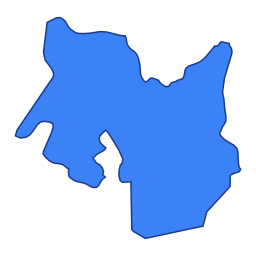 the Province of Cotabato
{"feature_id": "PHL-2579", "entity_name": "Cotabato", "entity_type": "Province", "adm_level": 1, "iso_a3": "PHL", "parent_name": "Philippines", "parent_adm1": "", "projection": "albers", "projection_center": [124.847, 7.21], "detail": "fine", "context": "isolated", "style": "filled", "palette": "blue", "viewbox_px": 256, "rotation_deg": 0, "n_neighbors": 0, "source": "natural_earth", "source_scale": "10m", "svg_char_len": 2125}
<svg xmlns="http://www.w3.org/2000/svg" viewBox="0 0 256 256"><path d="M60.4,17.6L64.6,20.5L65.9,22.3L68.4,26.8L70.6,29.2L73.7,31.5L76.0,32.8L78.6,33.4L82.5,33.6L88.9,33.3L100.3,31.6L106.7,32.0L120.8,35.5L125.3,35.9L126.2,38.3L126.8,42.8L127.5,44.9L129.6,47.9L131.6,49.6L133.8,51.1L136.1,53.5L137.5,56.0L138.5,58.9L139.9,64.7L140.5,73.3L141.0,75.8L142.0,78.0L143.8,80.8L145.9,82.2L148.3,80.4L150.0,78.5L150.0,78.4L151.8,78.0L153.5,78.4L158.1,80.0L161.1,83.8L164.9,86.3L167.4,86.7L169.1,85.8L170.2,84.2L171.6,82.7L176.5,81.3L177.1,80.5L179.9,79.6L182.5,78.7L184.0,76.1L185.1,70.2L186.1,68.0L188.8,66.0L196.4,63.4L200.4,61.5L204.8,58.0L214.7,46.1L214.9,46.6L216.9,45.9L218.7,45.0L218.8,45.0L219.3,44.3L219.6,43.4L220.2,42.5L221.2,41.8L222.6,42.0L227.5,43.1L229.4,43.4L229.3,45.3L231.2,48.1L231.9,50.4L231.8,53.6L224.6,77.5L222.8,89.7L222.6,93.1L223.9,99.0L224.5,106.9L226.0,116.9L225.8,121.4L225.0,122.9L222.5,126.9L220.0,132.7L219.5,134.1L222.3,137.5L225.3,140.2L233.6,145.1L236.7,148.1L237.9,151.8L238.6,165.1L239.5,167.9L240.5,168.9L240.6,169.6L239.3,171.5L239.2,171.5L237.9,172.1L232.4,174.0L231.0,174.9L230.2,175.5L230.1,186.5L206.8,211.8L203.0,226.1L145.3,238.4L133.6,231.6L131.8,229.5L130.9,181.8L122.1,182.2L120.2,180.6L119.0,176.1L118.9,172.9L119.4,168.8L120.4,165.1L122.0,163.4L122.9,159.1L118.8,150.0L110.2,135.7L109.8,135.3L109.1,134.0L105.7,130.0L100.1,135.6L99.0,138.5L100.3,142.5L102.8,145.3L105.6,147.6L105.7,148.8L103.4,150.7L97.0,154.2L93.0,158.1L96.5,163.1L99.8,164.8L102.3,167.9L103.5,171.6L102.8,175.1L104.1,176.0L105.3,177.1L102.4,179.3L98.6,185.5L96.4,187.4L93.1,187.5L90.0,186.2L87.0,184.4L84.0,183.1L76.7,181.5L73.8,180.2L70.1,177.7L69.0,176.4L68.7,174.8L68.5,173.2L68.6,168.4L67.5,168.3L62.8,164.6L59.0,163.6L54.9,163.3L51.6,162.2L48.8,160.3L45.7,157.3L43.0,153.6L43.3,151.8L51.4,132.8L53.2,127.1L52.8,123.8L49.9,122.2L44.3,121.3L40.3,122.1L37.3,124.9L32.6,131.6L29.7,134.9L27.8,136.2L27.2,136.7L24.3,137.5L20.5,138.0L18.6,137.2L15.4,135.9L17.1,130.0L53.4,76.7L53.6,72.9L51.2,68.2L45.1,60.0L43.5,52.3L47.1,22.5L47.1,22.4L56.6,17.7L60.4,17.6Z" fill="#3b82f6" stroke="#1e3a8a" stroke-width="1.5"/></svg>